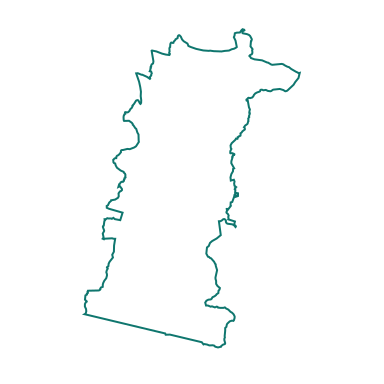 the district of Apozol, Zacatecas, Mexico, rotated 264°
{"feature_id": "50627088B1865759391292", "entity_name": "Apozol", "entity_type": "district", "adm_level": 2, "iso_a3": "MEX", "parent_name": "Mexico", "parent_adm1": "Zacatecas", "projection": "orthographic", "projection_center": [-103.054, 21.462], "detail": "fine", "context": "isolated", "style": "outline", "palette": "teal", "viewbox_px": 384, "rotation_deg": 264, "n_neighbors": 0, "source": "geoboundaries", "source_scale": "gbopen_adm2", "svg_char_len": 6049}
<svg xmlns="http://www.w3.org/2000/svg" viewBox="0 0 384 384"><g transform="rotate(264 192 192)"><path d="M34.7,201.6L35.1,204.7L35.8,205.0L37.0,207.0L37.3,208.7L38.2,209.2L41.2,208.7L42.6,208.8L44.0,209.5L45.2,209.4L50.5,210.5L53.3,210.8L54.3,212.1L56.6,212.8L57.4,213.4L59.4,216.0L59.9,218.3L59.5,219.7L60.1,220.3L62.3,221.2L63.8,221.4L66.0,220.6L67.8,219.2L68.8,217.8L71.3,215.8L72.6,213.7L73.8,212.6L73.5,211.2L73.8,208.1L74.3,205.8L75.1,205.4L75.4,204.4L75.0,203.5L74.9,202.6L76.2,199.9L76.0,198.6L77.4,196.0L77.6,194.1L80.7,193.6L82.4,195.0L83.2,197.0L83.2,199.4L83.6,200.2L85.2,201.4L85.9,203.4L86.9,205.1L87.7,205.7L88.7,207.6L91.1,208.1L92.0,209.1L93.6,209.7L95.9,207.5L98.1,206.4L101.0,206.7L103.1,206.3L104.5,206.4L111.7,208.8L116.2,207.9L117.6,208.0L117.9,207.6L120.3,206.7L124.0,204.1L124.7,202.8L125.5,202.3L126.0,201.1L129.2,199.8L135.3,201.1L136.5,203.0L139.5,204.6L141.1,206.9L143.2,211.7L146.1,216.1L160.1,215.7L160.0,217.3L160.6,218.7L161.7,220.3L161.6,221.6L160.3,222.7L158.6,222.6L157.3,223.2L156.7,224.2L155.6,228.8L154.2,230.6L152.6,231.6L153.0,232.0L153.9,231.8L155.1,230.5L158.2,231.6L161.0,225.2L162.0,225.6L163.3,225.4L164.7,226.0L166.2,225.5L167.7,224.2L168.4,224.1L169.5,224.8L171.5,224.8L171.4,225.8L170.8,226.0L174.2,229.2L174.7,228.9L177.6,229.4L177.9,231.0L182.9,233.4L184.8,234.0L185.2,234.9L183.6,235.6L182.7,235.1L183.2,237.3L185.9,237.6L186.8,234.8L189.3,235.3L190.2,234.8L190.7,235.4L191.4,235.1L192.3,236.4L193.8,234.9L196.1,234.8L198.0,235.4L199.8,234.9L199.3,231.8L202.5,231.8L205.7,233.0L208.3,234.9L210.7,235.3L211.1,236.4L216.5,234.1L218.6,234.4L222.6,236.1L222.8,235.7L224.3,236.6L224.4,237.8L225.1,238.1L225.5,237.8L226.4,236.1L226.5,234.3L226.8,234.1L228.7,234.4L230.7,235.7L231.6,235.2L234.3,235.2L236.4,236.6L239.4,240.6L240.5,241.3L240.2,242.7L241.6,243.1L241.6,243.7L242.1,243.8L242.4,244.3L242.9,246.0L243.6,246.3L245.2,246.3L246.0,247.6L247.1,248.5L248.6,251.0L249.1,251.2L250.6,251.0L251.0,250.5L252.5,251.8L253.8,254.1L254.3,254.5L255.8,255.0L256.7,255.6L257.5,255.4L258.3,255.7L259.2,255.6L260.6,256.8L261.4,256.5L263.8,257.7L264.4,257.3L264.9,257.6L265.3,257.3L268.1,258.2L270.2,257.5L277.2,257.0L277.2,255.9L277.9,255.7L278.4,256.0L278.9,257.0L279.5,257.4L279.8,258.1L279.3,259.7L279.7,261.8L280.8,263.0L282.0,263.7L283.4,265.2L284.2,267.1L284.8,269.7L285.1,270.2L286.4,270.8L286.5,271.6L286.4,272.4L285.7,273.5L285.8,276.1L284.6,278.0L284.0,280.4L284.2,281.5L285.1,282.9L285.3,283.6L285.3,290.1L283.8,293.6L282.6,295.0L282.4,295.7L282.8,297.3L288.0,304.2L290.6,306.2L294.2,309.8L299.2,311.6L299.0,310.4L299.7,309.7L300.7,308.0L304.0,303.5L306.1,301.4L306.6,300.0L308.6,297.0L309.3,296.4L310.0,294.7L310.1,285.2L310.5,284.1L312.7,281.2L312.9,280.3L315.6,275.5L317.4,268.0L319.1,264.6L320.3,264.1L321.3,263.3L322.1,264.1L322.7,265.8L323.5,266.4L324.8,266.7L326.8,266.6L327.4,267.1L327.9,267.1L330.7,265.4L335.8,266.4L335.8,266.7L337.3,267.4L337.9,267.4L341.1,266.1L342.3,265.0L343.3,263.1L344.5,259.2L344.9,258.8L346.4,258.9L347.3,261.0L347.9,260.9L348.6,259.3L347.9,258.3L345.6,256.3L345.8,253.1L345.4,251.2L343.0,250.6L341.6,249.8L338.0,251.1L331.5,251.7L330.8,250.6L330.1,248.8L329.8,246.4L328.8,243.6L328.9,239.3L328.7,236.0L329.8,228.3L330.7,224.7L330.6,223.6L331.6,218.0L333.9,211.1L336.3,206.0L337.6,203.7L340.1,203.0L342.8,199.5L344.7,198.1L347.7,197.1L349.1,196.0L349.3,195.5L348.9,194.6L348.3,194.2L346.5,193.7L345.6,191.6L344.8,191.2L343.5,189.6L342.3,189.1L342.3,188.2L342.8,187.0L342.3,186.4L341.4,185.9L338.4,185.4L338.1,184.9L337.0,184.5L334.0,184.4L333.2,183.9L332.2,183.9L331.7,184.4L331.0,184.2L330.6,183.8L331.4,180.4L332.7,176.8L335.5,171.3L336.9,167.0L336.7,166.6L326.0,167.3L323.9,166.7L323.1,165.2L321.5,164.4L321.0,164.5L320.5,163.8L319.7,164.1L318.7,163.4L318.0,163.4L316.5,162.6L316.0,164.0L314.2,164.4L313.1,163.7L312.1,163.6L310.8,162.1L309.2,162.3L308.9,161.9L311.2,159.3L313.9,154.7L313.9,154.0L315.8,150.5L315.8,148.9L307.2,150.9L301.7,151.5L297.1,151.7L292.7,151.0L288.7,151.1L285.9,150.7L285.0,150.0L285.4,149.5L288.7,148.2L288.9,147.8L289.1,147.2L288.7,145.9L285.7,143.6L284.2,141.9L283.9,142.1L281.9,140.8L280.9,139.4L279.1,138.2L278.1,136.9L277.9,136.2L278.4,134.0L278.2,133.7L276.8,133.9L276.2,132.7L275.5,132.6L274.8,132.0L273.2,131.7L270.6,131.6L269.8,131.9L269.4,136.8L267.1,139.4L265.7,140.2L265.1,140.1L264.3,140.8L261.4,142.3L260.7,143.1L256.8,143.9L254.8,144.8L248.3,144.3L247.4,144.4L243.3,141.1L242.3,139.1L241.1,134.6L241.6,132.3L241.0,127.9L241.1,126.8L240.7,125.8L240.0,125.5L239.0,125.5L237.1,123.6L236.3,122.5L235.9,121.3L235.2,120.6L233.6,120.2L233.7,119.2L233.3,118.3L232.2,117.0L229.7,117.0L228.9,117.5L228.4,118.6L226.4,118.9L224.0,119.9L220.8,123.3L219.2,126.1L218.2,126.4L217.2,127.3L215.9,127.6L214.4,127.2L213.7,127.5L213.4,127.4L212.8,126.3L212.1,126.4L211.6,125.6L210.5,125.6L210.0,125.3L209.3,124.3L209.7,123.8L209.0,122.0L207.7,121.2L207.4,120.4L204.7,119.3L205.3,120.9L202.4,122.6L201.3,122.6L200.5,121.7L200.1,120.4L198.3,118.8L195.4,118.7L194.0,117.8L192.5,114.8L192.2,110.8L191.8,110.8L190.2,108.6L187.6,107.0L187.0,105.7L185.2,105.6L184.0,107.7L178.7,120.8L171.5,117.7L173.1,112.4L174.5,111.1L173.7,109.5L174.1,108.9L174.4,106.0L174.8,105.0L174.0,103.6L174.1,102.2L173.4,102.2L172.9,102.5L172.2,101.8L167.7,100.7L167.3,99.9L166.6,99.7L162.8,100.6L162.3,100.5L160.0,98.9L156.4,99.3L156.0,99.3L154.9,98.3L154.2,99.5L154.7,99.9L154.3,107.7L153.7,109.1L153.5,110.7L146.9,108.9L140.8,108.1L137.9,106.1L135.1,106.5L131.3,102.8L129.4,101.6L127.0,101.1L126.2,99.7L125.7,99.5L125.2,100.1L124.6,100.2L123.1,99.1L121.2,98.4L119.2,98.8L117.8,98.7L115.2,97.7L112.9,95.5L110.8,94.2L109.2,93.6L107.0,93.3L106.5,91.4L105.2,90.5L104.8,90.7L104.4,90.4L103.8,89.1L104.7,78.2L103.8,77.7L103.3,78.0L102.5,77.9L102.0,76.8L101.0,76.8L100.3,75.2L96.1,74.3L94.2,75.9L93.9,75.8L93.5,74.9L91.8,73.8L89.3,73.5L86.7,74.4L84.4,74.4L82.2,73.5L81.7,72.4L54.1,150.6L52.8,150.9L52.5,155.1L41.6,186.0L39.2,187.5L39.5,188.3L38.7,191.1L37.6,193.2L37.4,196.6L36.8,198.2L36.1,198.5L35.6,199.2L34.7,201.6Z" fill="none" stroke="#0f766e" stroke-width="2"/></g></svg>